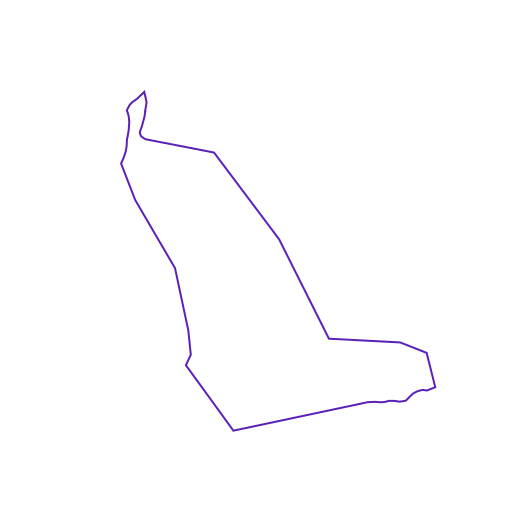 outline of En Bamboo, Vieux Fort, Saint Lucia, rotated 334°
{"feature_id": "8701671B91980057323344", "entity_name": "En Bamboo", "entity_type": "district", "adm_level": 2, "iso_a3": "LCA", "parent_name": "Saint Lucia", "parent_adm1": "Vieux Fort", "projection": "mercator", "projection_center": [-60.948, 13.783], "detail": "fine", "context": "isolated", "style": "outline", "palette": "violet", "viewbox_px": 512, "rotation_deg": 334, "n_neighbors": 0, "source": "geoboundaries", "source_scale": "gbopen_adm2", "svg_char_len": 1101}
<svg xmlns="http://www.w3.org/2000/svg" viewBox="0 0 512 512"><g transform="rotate(334 256 256)"><path d="M145.1,323.4L150.8,355.6L159.1,403.1L159.7,403.2L292.5,436.4L299.1,439.3L304.0,442.1L307.4,443.6L312.1,444.5L317.6,447.3L320.5,449.5L323.5,450.7L327.4,451.7L332.3,449.9L336.6,448.5L341.1,448.3L345.1,448.9L347.3,449.5L350.6,451.8L359.6,452.5L366.9,417.9L347.7,396.9L285.3,362.3L284.8,315.5L284.1,251.0L265.2,152.8L264.4,148.4L263.6,144.6L227.9,117.7L207.6,102.4L205.3,98.2L205.3,97.0L205.4,95.2L206.0,93.6L210.6,89.1L212.3,87.1L217.0,81.7L218.4,79.6L219.8,77.7L219.6,77.5L222.9,73.0L225.1,69.8L227.5,59.5L225.5,60.2L220.4,61.8L218.0,62.6L213.9,63.2L211.6,63.7L208.5,64.9L207.5,65.7L205.2,67.3L203.8,68.5L203.4,71.6L202.8,74.7L201.6,78.0L201.2,79.1L200.9,79.9L200.0,81.4L199.0,83.2L198.3,84.4L197.0,86.7L192.7,92.7L191.8,93.8L191.3,94.3L191.0,94.9L190.2,96.3L189.2,98.2L187.7,100.8L184.6,105.1L184.3,105.4L182.8,107.0L180.8,108.9L180.5,109.3L178.0,111.4L175.3,113.7L172.0,152.6L173.2,169.2L177.9,231.4L162.5,293.3L154.1,316.2L145.1,323.4Z" fill="none" stroke="#5b21b6" stroke-width="2"/></g></svg>